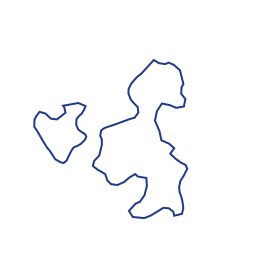 the district of Dalseong-gun, North Gyeongsang, South Korea, rotated 297°
{"feature_id": "91817680B33489673734556", "entity_name": "Dalseong-gun", "entity_type": "district", "adm_level": 2, "iso_a3": "KOR", "parent_name": "South Korea", "parent_adm1": "North Gyeongsang", "projection": "robinson", "projection_center": [128.491, 35.771], "detail": "fine", "context": "isolated", "style": "outline", "palette": "blue", "viewbox_px": 256, "rotation_deg": 297, "n_neighbors": 0, "source": "geoboundaries", "source_scale": "gbopen_adm2", "svg_char_len": 1529}
<svg xmlns="http://www.w3.org/2000/svg" viewBox="0 0 256 256"><g transform="rotate(297 128 128)"><path d="M200.3,120.1L183.1,115.4L177.3,112.8L169.4,110.8L165.3,110.8L163.1,110.8L158.9,112.8L158.4,113.4L154.7,117.4L152.7,122.0L151.1,127.1L146.4,130.2L140.1,129.2L136.9,125.6L126.4,115.9L117.5,107.2L113.8,105.2L109.6,106.4L108.6,106.7L106.0,109.8L101.3,112.3L90.3,114.9L83.4,112.8L78.2,113.9L77.1,119.5L76.6,128.7L71.9,133.3L70.3,138.4L72.4,144.5L78.2,149.1L84.5,151.7L90.2,155.3L89.2,158.8L91.8,167.0L85.0,171.1L75.6,173.2L67.7,172.1L64.0,169.1L54.6,166.5L50.9,172.7L55.1,183.4L60.3,188.0L67.7,192.6L72.9,195.7L75.0,200.8L74.0,206.4L70.8,209.0L75.7,214.7L76.1,215.1L77.1,214.8L81.8,213.6L87.1,210.0L91.3,206.4L93.9,203.4L98.6,200.3L104.9,198.7L110.7,199.3L118.6,199.3L121.2,196.2L121.2,190.6L122.2,184.4L124.3,177.3L131.0,178.4L131.2,177.8L132.7,171.6L132.2,163.4L139.6,157.3L146.9,148.6L156.3,146.1L165.2,147.1L167.3,154.7L167.9,161.9L172.6,168.0L179.9,166.0L182.6,159.9L188.3,157.3L192.5,157.3L203.0,148.1L205.1,139.9L204.6,134.3L201.9,132.3L199.8,126.1L200.3,120.1ZM78.7,56.7L73.8,64.7L72.3,68.4L67.1,77.4L66.9,83.7L67.6,86.6L71.2,88.1L75.5,87.9L82.8,87.9L86.2,88.5L89.3,91.2L92.7,93.3L98.1,95.0L100.8,94.8L101.3,94.8L103.0,92.7L103.4,88.3L104.1,84.3L107.3,80.4L112.4,78.1L116.7,78.9L119.3,80.2L124.9,80.6L128.3,80.2L127.7,72.6L127.7,72.4L118.4,60.1L117.5,61.8L113.3,65.4L103.4,60.8L101.3,55.1L103.4,48.0L102.3,41.9L97.1,40.9L92.9,40.9L86.6,43.9L83.5,49.5L78.7,56.7Z" fill="none" stroke="#1e3a8a" stroke-width="2"/></g></svg>